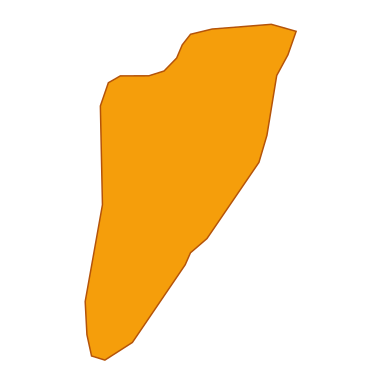 the state/province of Moûhîlî, rotated 87°
{"feature_id": "COM-4934", "entity_name": "Moûhîlî", "entity_type": "state/province", "adm_level": 1, "iso_a3": "COM", "parent_name": "Comoros", "parent_adm1": "", "projection": "natural_earth1", "projection_center": [43.722, -12.305], "detail": "fine", "context": "isolated", "style": "filled", "palette": "amber", "viewbox_px": 384, "rotation_deg": 87, "n_neighbors": 0, "source": "natural_earth", "source_scale": "10m", "svg_char_len": 456}
<svg xmlns="http://www.w3.org/2000/svg" viewBox="0 0 384 384"><g transform="rotate(87 192 192)"><path d="M252.6,196.7L264.3,202.6L339.1,259.4L355.3,287.8L350.5,300.9L329.0,304.4L295.8,304.4L200.1,282.1L101.3,279.0L78.5,269.8L72.3,257.5L73.7,229.1L69.7,213.6L57.4,200.3L44.5,194.0L34.4,185.2L30.3,163.3L28.7,104.0L37.0,79.6L60.0,89.0L80.1,101.3L139.3,114.2L165.9,123.6L239.3,179.5L252.6,196.7Z" fill="#f59e0b" stroke="#b45309" stroke-width="1.5"/></g></svg>